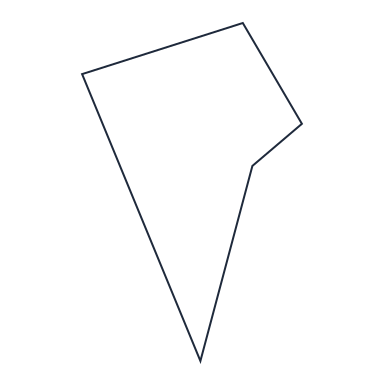 outline of Boe
{"feature_id": "NRU-4971", "entity_name": "Boe", "entity_type": "state/province", "adm_level": 1, "iso_a3": "NRU", "parent_name": "Nauru", "parent_adm1": "", "projection": "albers", "projection_center": [166.917, -0.541], "detail": "fine", "context": "isolated", "style": "outline", "palette": "slate", "viewbox_px": 384, "rotation_deg": 0, "n_neighbors": 0, "source": "natural_earth", "source_scale": "10m", "svg_char_len": 196}
<svg xmlns="http://www.w3.org/2000/svg" viewBox="0 0 384 384"><path d="M200.4,361.0L82.1,74.1L242.8,23.0L301.9,123.8L252.4,165.9L200.4,361.0Z" fill="none" stroke="#1e293b" stroke-width="2"/></svg>